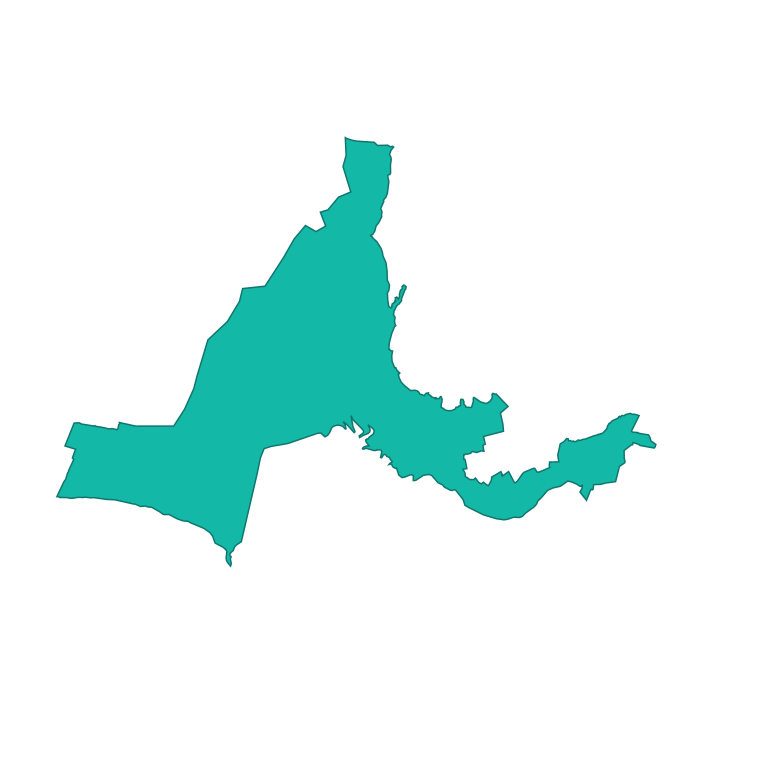 outline of Valea Mare, Covasna, Romania, rotated 111°
{"feature_id": "2599482B84162786081216", "entity_name": "Valea Mare", "entity_type": "district", "adm_level": 2, "iso_a3": "ROU", "parent_name": "Romania", "parent_adm1": "Covasna", "projection": "natural_earth1", "projection_center": [26.012, 45.763], "detail": "fine", "context": "isolated", "style": "filled", "palette": "teal", "viewbox_px": 768, "rotation_deg": 111, "n_neighbors": 0, "source": "geoboundaries", "source_scale": "gbopen_adm2", "svg_char_len": 6171}
<svg xmlns="http://www.w3.org/2000/svg" viewBox="0 0 768 768"><g transform="rotate(111 384 384)"><path d="M514.8,617.2L515.7,616.5L517.0,617.1L520.6,616.4L522.3,616.8L523.0,621.7L524.5,624.6L525.6,632.5L526.7,637.1L526.5,639.0L527.1,639.2L529.8,652.3L529.4,654.3L531.5,659.3L556.2,659.6L555.4,648.6L564.8,648.4L565.5,646.6L578.3,647.4L578.7,647.0L580.4,647.5L587.0,647.0L590.0,647.8L606.4,649.0L605.8,647.5L606.2,646.2L603.6,639.1L603.2,636.5L601.9,633.1L599.6,629.3L597.5,623.6L596.8,622.5L595.3,616.8L594.1,614.3L591.1,601.4L588.6,594.0L585.8,574.7L585.3,573.0L585.6,567.4L583.6,563.5L583.3,559.8L582.3,556.8L583.8,547.2L584.8,543.6L584.6,542.2L582.9,538.1L584.0,528.3L583.8,522.9L582.4,517.5L582.9,515.1L583.3,500.6L585.1,493.3L587.4,489.5L593.0,484.7L594.1,475.5L595.7,471.5L596.8,470.6L602.6,469.2L605.2,467.8L606.5,466.3L609.0,462.0L606.4,462.2L602.3,464.8L600.0,464.8L599.5,466.3L598.1,467.0L596.4,466.6L593.6,465.1L589.6,465.1L587.0,464.0L582.4,460.7L513.2,470.3L497.3,472.9L487.3,472.8L482.5,466.7L474.0,452.4L454.0,428.6L452.4,425.4L454.5,420.3L452.2,418.3L449.1,417.4L443.8,417.1L442.5,416.7L440.9,415.2L439.3,413.2L438.4,410.7L438.3,407.4L439.9,404.0L439.4,403.4L436.3,405.4L433.7,408.5L435.5,403.3L440.1,394.5L439.7,394.1L438.8,394.0L434.8,397.8L425.3,403.5L428.3,400.4L434.2,387.6L435.4,386.0L437.3,385.9L441.4,388.6L442.7,387.6L439.4,384.9L435.7,381.0L433.9,380.2L431.8,380.5L430.9,381.1L427.9,384.3L429.6,378.3L430.8,376.8L432.1,376.1L434.5,376.1L439.4,378.9L441.3,379.4L441.4,380.2L442.6,381.0L443.5,380.8L444.7,379.7L447.1,375.7L448.0,377.9L450.6,380.7L452.2,380.9L452.4,380.4L451.8,379.2L450.4,377.6L449.7,369.3L448.4,366.9L447.9,366.8L446.8,363.9L446.9,363.2L448.0,361.8L453.8,360.9L453.8,359.9L452.8,359.4L450.3,359.2L449.5,358.0L449.7,356.4L450.6,355.6L450.5,353.3L450.7,352.4L452.2,351.0L453.5,348.6L454.4,348.6L455.8,350.0L457.4,350.5L456.3,348.8L456.3,348.1L458.1,346.2L458.6,344.4L458.6,343.0L458.0,342.2L463.8,337.5L464.9,333.6L463.6,331.4L458.9,326.3L459.0,323.8L463.7,322.1L463.1,320.6L462.4,319.7L455.1,314.5L452.3,309.5L452.3,306.7L456.8,298.2L457.1,293.3L458.6,290.7L459.4,283.8L459.0,282.2L457.6,280.8L457.4,279.1L463.6,268.6L468.2,265.0L469.0,260.2L470.5,244.3L469.5,230.8L467.8,223.4L466.0,220.1L461.8,215.1L460.1,209.7L457.9,207.3L453.8,205.6L444.7,199.7L441.4,198.5L438.1,198.5L434.9,196.8L424.6,193.1L420.5,189.0L416.3,182.7L408.8,177.7L408.2,173.8L408.4,168.3L409.2,164.5L409.0,163.5L407.5,162.7L407.8,162.3L410.4,161.8L414.7,162.3L420.0,153.3L409.9,153.2L407.9,152.6L408.1,151.5L407.5,151.1L402.8,152.2L400.1,145.9L396.9,141.4L392.2,132.8L376.6,134.7L371.3,131.0L370.3,131.1L367.2,133.1L360.1,136.0L352.4,131.4L351.6,130.1L349.4,130.5L349.1,125.0L349.6,122.9L347.0,108.9L346.0,108.4L343.0,108.5L341.5,114.5L338.7,116.5L337.4,117.8L336.7,119.0L338.2,125.8L338.8,129.8L338.4,129.8L339.9,134.9L339.3,136.1L322.1,134.5L322.4,139.3L323.3,141.3L323.2,143.5L325.9,147.5L327.5,148.4L328.3,150.8L330.5,151.6L329.8,152.6L330.1,152.9L332.1,153.4L336.5,157.7L339.6,159.0L340.0,159.7L343.3,160.3L344.2,159.9L346.4,160.1L351.1,162.0L352.3,163.1L353.3,164.6L354.1,165.1L354.3,166.1L355.7,167.2L356.8,169.1L363.4,176.5L364.5,178.6L366.4,180.5L366.6,182.5L368.9,184.2L369.7,186.0L369.4,186.8L370.3,188.1L370.1,190.1L370.8,191.3L369.1,192.5L369.6,194.0L373.3,195.3L376.7,198.0L388.1,196.3L394.1,192.9L397.5,201.4L401.0,200.5L402.6,199.3L410.2,207.2L411.2,208.6L411.2,209.8L408.8,212.9L409.0,214.1L416.1,221.5L418.2,222.6L426.8,224.6L428.9,225.8L429.4,226.8L421.1,236.3L427.7,240.6L426.5,241.7L426.0,241.3L423.9,243.4L432.4,250.2L432.7,249.8L435.8,249.3L441.3,250.0L441.4,252.0L440.0,255.9L442.4,257.5L441.9,260.5L439.0,265.0L441.1,265.9L442.5,269.9L441.8,271.8L441.3,274.8L437.9,276.6L435.3,279.8L433.3,276.3L426.1,280.8L425.3,281.5L425.6,282.6L421.4,284.2L421.1,283.2L420.0,282.7L419.7,281.2L418.6,279.5L417.4,278.2L415.3,277.4L414.8,272.9L411.6,269.4L411.0,266.6L405.8,269.7L403.9,267.9L397.3,272.3L385.3,255.5L378.9,258.6L369.4,264.9L360.5,260.1L353.1,275.8L353.8,276.9L353.7,278.9L355.0,279.5L356.9,278.3L359.5,278.1L362.4,279.0L364.7,280.6L365.7,282.1L366.1,287.4L364.2,295.2L365.2,295.6L368.1,294.4L374.2,293.9L374.7,294.3L376.3,299.3L375.4,299.8L374.1,302.3L372.1,302.9L370.2,304.7L370.5,306.5L371.1,306.7L374.3,306.0L376.6,304.8L377.8,306.2L379.2,306.8L380.0,308.5L381.7,308.4L384.6,311.3L385.9,314.5L386.4,317.0L385.6,319.9L385.3,322.2L382.2,323.4L380.8,323.3L377.4,324.3L375.3,326.2L375.6,326.8L377.7,327.2L379.2,330.3L378.1,330.6L378.4,331.3L379.1,331.2L378.9,334.8L378.1,336.5L377.7,339.0L376.3,339.3L377.8,341.6L380.5,342.3L380.3,345.0L380.6,346.6L378.8,349.3L378.5,350.9L378.8,353.0L380.6,356.9L378.1,364.4L376.2,368.5L372.9,372.0L370.0,374.0L368.4,373.1L367.7,373.6L368.2,374.7L367.1,375.3L366.6,376.9L364.5,378.9L364.9,380.0L359.9,384.6L354.9,386.9L350.1,387.8L350.5,389.4L350.0,390.9L349.5,391.4L349.8,391.8L347.6,392.7L342.8,393.9L333.8,394.9L326.8,394.7L325.2,393.9L324.5,394.9L321.6,396.7L317.8,397.5L316.1,399.9L312.6,400.7L306.8,400.2L304.5,399.3L303.8,398.5L299.8,397.5L298.0,398.2L289.3,398.2L287.6,397.8L285.4,398.1L284.5,400.1L284.6,401.2L286.6,402.1L288.3,401.1L290.7,402.2L294.6,401.8L296.6,400.8L299.5,401.0L298.2,403.2L299.6,404.4L300.7,403.6L302.4,403.6L302.5,402.7L306.5,405.1L309.4,404.3L310.5,404.8L309.9,407.4L304.1,410.7L297.6,413.5L294.9,413.0L289.6,414.3L285.8,418.2L277.5,421.6L270.2,425.5L264.6,431.0L261.4,432.8L258.1,435.8L253.7,441.7L252.1,445.9L250.7,448.0L250.5,449.6L249.1,449.3L248.7,448.2L244.7,447.4L239.3,448.0L235.3,446.7L228.7,446.1L226.4,447.2L224.9,447.2L223.2,448.2L221.5,449.9L213.6,449.6L212.5,450.4L208.5,449.1L204.2,449.3L193.3,452.0L188.2,455.3L186.9,454.7L186.4,453.6L184.8,453.4L177.4,456.4L171.9,457.7L169.8,458.8L167.8,461.1L163.1,461.2L159.4,459.9L159.0,461.3L160.3,463.0L159.7,466.0L163.6,475.5L161.9,479.8L167.1,496.7L167.9,501.4L168.1,507.2L167.9,508.4L184.1,501.3L195.7,500.2L216.6,483.8L225.8,493.4L241.6,498.8L246.4,505.0L257.5,495.0L266.1,502.2L264.2,514.1L280.7,519.8L301.9,523.1L335.3,530.1L345.6,550.2L358.7,548.5L381.9,552.6L405.9,564.2L443.5,561.4L456.2,559.9L478.8,561.1L498.6,565.2L512.3,600.7L514.8,617.2Z" fill="#14b8a6" stroke="#0f766e" stroke-width="1.5"/></g></svg>